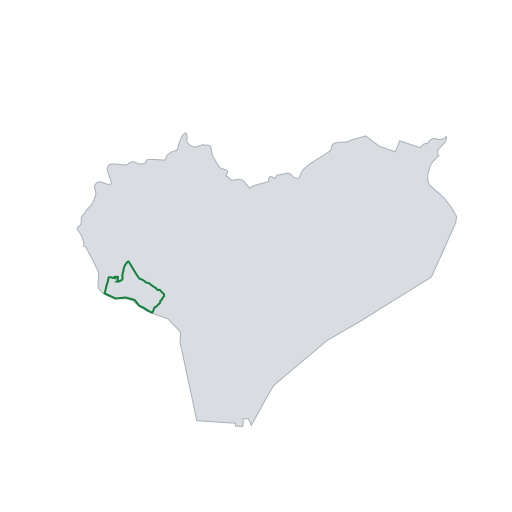 location of Al-Baaj, Ninawa, Iraq, rotated 289°
{"feature_id": "34846034B31604409144822", "entity_name": "Al-Baaj", "entity_type": "district", "adm_level": 2, "iso_a3": "IRQ", "parent_name": "Iraq", "parent_adm1": "Ninawa", "projection": "mercator", "projection_center": [41.748, 35.687], "detail": "fine", "context": "in_parent", "style": "outline", "palette": "green", "viewbox_px": 512, "rotation_deg": 289, "n_neighbors": 0, "source": "geoboundaries", "source_scale": "gbopen_adm2", "svg_char_len": 5335}
<svg xmlns="http://www.w3.org/2000/svg" viewBox="0 0 512 512"><g transform="rotate(289 256 256)"><path d="M209.4,89.8L212.9,88.9L219.3,83.5L223.1,78.4L224.3,78.0L227.7,79.6L230.1,80.1L235.7,78.2L239.0,79.2L241.8,80.5L243.4,80.5L250.8,83.7L252.7,84.1L256.6,84.5L262.3,84.6L266.0,82.6L268.6,80.6L270.5,80.6L272.3,81.1L273.8,82.0L275.0,83.5L275.6,85.6L275.4,92.4L276.0,94.1L277.0,95.4L278.3,95.7L279.8,94.2L282.6,92.1L285.9,89.7L288.4,87.6L289.9,86.8L292.1,86.9L294.3,87.3L295.6,88.3L295.6,88.6L296.8,91.8L299.7,103.7L301.4,105.2L303.3,106.4L304.7,108.2L305.2,109.9L305.0,112.7L305.1,115.9L305.9,118.3L307.0,120.1L308.0,121.1L309.5,121.1L311.4,121.6L312.6,123.4L316.5,136.8L316.9,138.5L318.6,139.1L321.3,138.8L324.1,140.2L327.1,142.4L329.9,146.4L331.8,147.1L337.7,146.5L345.8,147.1L349.5,149.2L349.2,150.5L346.2,152.0L341.1,153.6L339.6,156.5L338.7,160.2L338.9,162.3L340.1,164.6L343.8,169.1L344.0,170.7L344.6,173.0L345.3,174.6L344.6,177.6L341.3,179.7L336.9,181.9L328.2,192.0L327.6,194.1L327.6,200.1L326.8,201.8L324.0,201.7L321.9,201.4L321.8,203.5L320.4,206.2L319.6,208.6L322.8,214.3L323.4,217.3L322.9,220.0L319.9,224.7L318.2,227.9L318.6,228.6L320.9,229.8L328.1,240.1L330.4,243.7L333.4,242.8L334.6,242.8L335.4,243.4L336.0,244.6L336.0,246.2L335.2,248.5L339.1,249.4L340.5,251.8L345.0,259.7L344.8,262.1L342.7,265.8L342.6,268.3L343.1,270.6L343.8,271.3L350.4,271.7L353.3,272.6L360.2,276.6L368.0,282.8L374.4,287.9L379.9,292.2L385.8,291.9L387.4,292.7L388.8,294.1L390.5,297.6L393.9,305.6L396.7,308.3L401.1,314.7L405.3,320.7L402.5,328.8L399.9,337.2L399.9,348.1L399.9,353.9L405.5,354.1L411.7,354.4L411.8,361.3L411.8,368.3L411.9,376.2L413.7,376.6L416.6,378.2L417.9,380.8L419.4,382.2L421.3,382.4L423.2,383.7L425.0,386.0L425.7,387.7L425.2,388.9L425.6,391.0L426.9,394.0L428.5,395.4L430.9,397.1L427.6,398.1L424.0,397.3L416.4,393.8L414.0,393.7L410.7,395.0L410.6,396.2L402.5,392.3L399.6,391.6L398.6,391.5L394.0,391.5L387.4,392.2L383.5,393.8L380.9,395.5L379.7,397.1L379.2,398.0L377.1,402.8L374.7,409.0L372.2,414.6L367.3,422.4L364.6,426.0L358.8,432.7L352.5,434.0L338.0,432.7L321.8,431.3L305.8,429.8L293.8,428.7L292.9,428.4L281.1,418.8L271.7,411.2L260.1,401.7L248.2,392.0L236.1,382.2L227.3,375.0L216.6,365.7L206.9,357.3L199.2,350.6L189.4,344.8L181.7,340.2L170.5,333.5L161.6,328.1L153.9,323.6L142.1,316.5L138.2,314.6L126.0,312.2L114.4,310.2L102.4,308.1L94.4,306.7L99.7,301.7L98.1,297.1L94.2,298.0L90.7,299.1L88.5,292.0L91.3,291.1L88.7,281.9L86.1,272.3L83.6,263.1L81.1,253.6L91.2,247.5L98.8,243.0L109.4,236.6L119.6,230.4L129.4,224.6L140.1,218.1L149.7,212.2L158.5,209.9L160.3,208.0L164.3,200.1L167.8,193.3L167.9,191.7L167.9,182.0L168.5,170.6L169.7,164.4L171.6,159.0L173.5,155.1L173.6,151.4L173.4,147.6L171.5,141.9L169.6,136.0L169.8,130.2L170.2,127.1L171.4,122.2L173.5,118.6L175.7,116.4L184.1,114.1L189.0,112.7L195.6,106.3L199.6,102.5L205.1,96.4L209.1,92.0L209.4,90.4L209.4,89.8Z" fill="#d9dde1" stroke="#a8b0b8" stroke-width="1"/><path d="M202.1,135.0L201.8,135.0L200.8,134.9L199.8,135.4L198.4,135.5L197.1,135.5L196.6,135.4L195.7,135.8L195.2,135.9L194.6,136.0L193.9,135.9L193.5,136.0L193.2,136.3L192.7,136.5L192.4,136.6L191.9,137.0L191.5,137.1L191.2,137.1L190.8,137.2L190.1,137.2L189.8,137.0L189.4,136.6L188.9,136.2L188.7,136.0L188.3,135.7L188.0,135.5L187.8,135.3L187.6,135.1L187.4,134.8L187.1,134.3L186.9,133.7L186.6,133.1L186.5,132.7L186.8,132.9L187.3,133.3L187.7,133.4L188.0,133.5L188.4,132.8L188.5,132.7L189.4,132.7L190.1,132.7L190.5,132.6L190.8,132.5L191.0,132.3L191.3,132.2L191.1,131.6L191.0,131.1L190.9,130.7L190.6,130.3L190.5,129.9L190.5,129.3L190.0,129.1L189.9,129.0L189.7,129.0L189.3,129.4L189.1,129.7L189.0,129.4L188.9,129.1L188.9,128.9L188.8,128.5L188.7,127.8L188.7,126.9L188.7,126.3L188.6,125.9L188.7,125.6L188.6,125.3L188.3,124.8L188.1,124.3L187.8,123.7L187.3,123.7L186.4,123.8L186.1,123.8L185.9,123.8L185.7,123.8L185.3,123.9L184.7,124.1L184.1,124.3L183.5,124.3L182.6,124.2L181.9,124.2L181.3,124.2L180.7,124.2L180.3,124.2L179.8,124.3L179.1,124.4L178.7,124.3L178.2,124.4L177.8,124.5L177.3,124.5L176.6,124.6L176.4,124.7L176.1,124.7L175.3,124.7L174.8,124.8L174.3,124.8L173.9,124.8L173.2,124.8L172.5,124.9L172.1,124.9L171.9,124.9L171.3,125.0L171.2,127.1L171.0,129.0L170.8,130.6L170.6,132.7L170.4,134.7L170.1,136.3L170.0,136.8L170.5,137.9L171.8,140.8L174.4,146.4L174.7,151.7L174.9,155.4L174.6,156.1L173.1,158.4L170.9,161.9L170.6,165.4L170.6,166.1L170.4,167.1L169.5,170.2L169.2,171.9L168.8,173.9L168.6,176.3L169.5,176.5L170.8,176.7L171.8,176.7L173.4,176.7L174.3,176.7L175.3,177.8L175.7,178.2L176.9,178.7L177.6,179.1L178.8,179.6L179.3,180.0L180.7,180.5L182.2,180.2L182.6,180.1L183.3,180.8L183.5,181.0L183.9,181.1L184.3,181.0L187.4,181.8L188.0,182.0L188.4,182.1L188.6,182.0L188.8,181.9L189.7,181.6L190.3,180.5L191.0,179.2L191.5,178.1L192.2,176.8L192.7,175.9L191.8,174.1L192.3,173.1L192.7,172.5L193.0,171.8L193.1,171.6L193.3,170.5L193.6,169.7L193.7,169.1L194.3,167.0L194.5,166.2L194.7,165.7L195.1,164.8L195.4,164.1L195.2,160.3L195.5,159.8L195.7,159.2L196.0,158.7L196.3,157.6L196.4,157.1L196.5,156.8L196.6,155.1L196.6,153.3L197.3,152.2L198.7,150.3L200.0,148.6L201.2,147.1L202.6,145.4L203.8,144.0L205.1,142.4L207.0,140.2L209.0,137.7L209.3,137.3L208.6,136.4L207.9,136.2L207.1,135.9L206.3,135.5L206.0,135.5L205.4,135.4L205.0,135.2L204.6,135.1L204.4,135.0L203.6,135.1L202.9,135.0L202.5,135.0L202.1,135.0Z" fill="none" stroke="#15803d" stroke-width="2"/></g></svg>